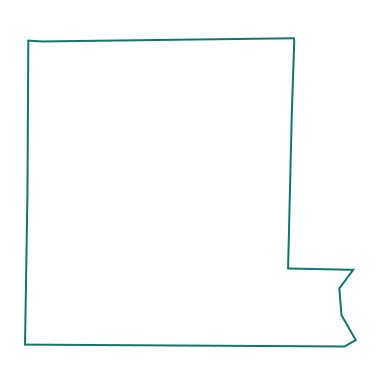 the district of Livingston, Missouri, United States of America, rotated 1°
{"feature_id": "52423323B73589885099286", "entity_name": "Livingston", "entity_type": "district", "adm_level": 2, "iso_a3": "USA", "parent_name": "United States of America", "parent_adm1": "Missouri", "projection": "equal_earth", "projection_center": [-93.472, 39.79], "detail": "fine", "context": "isolated", "style": "outline", "palette": "teal", "viewbox_px": 384, "rotation_deg": 1, "n_neighbors": 0, "source": "geoboundaries", "source_scale": "gbopen_adm2", "svg_char_len": 323}
<svg xmlns="http://www.w3.org/2000/svg" viewBox="0 0 384 384"><g transform="rotate(1 192 192)"><path d="M27.5,196.1L27.7,347.5L347.2,343.8L358.3,337.2L343.6,312.5L341.0,285.8L354.5,267.0L289.4,266.8L290.4,112.8L291.6,40.2L291.2,36.5L39.7,44.1L25.7,43.5L27.5,196.1Z" fill="none" stroke="#0f766e" stroke-width="2"/></g></svg>